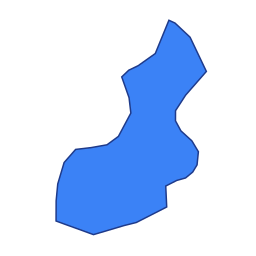 Gangnam-gu, Seoul, South Korea (Mercator projection), rotated 260°
{"feature_id": "91817680B53321453404308", "entity_name": "Gangnam-gu", "entity_type": "district", "adm_level": 2, "iso_a3": "KOR", "parent_name": "South Korea", "parent_adm1": "Seoul", "projection": "mercator", "projection_center": [127.072, 37.488], "detail": "fine", "context": "isolated", "style": "filled", "palette": "blue", "viewbox_px": 256, "rotation_deg": 260, "n_neighbors": 0, "source": "geoboundaries", "source_scale": "gbopen_adm2", "svg_char_len": 579}
<svg xmlns="http://www.w3.org/2000/svg" viewBox="0 0 256 256"><g transform="rotate(260 128 128)"><path d="M227.0,187.0L196.6,167.8L187.6,148.8L184.8,138.8L179.4,130.7L157.6,134.3L142.2,133.4L121.4,117.1L115.1,104.4L115.1,88.1L116.0,72.7L105.1,59.1L99.3,56.2L85.1,49.1L68.8,44.6L48.9,41.0L44.6,48.4L29.0,75.5L32.6,107.1L33.5,119.8L43.5,152.4L64.3,155.1L67.9,166.9L68.8,176.0L73.4,184.1L79.7,189.6L92.4,193.2L104.2,188.7L116.0,179.6L126.8,176.0L136.8,177.8L150.4,190.5L170.1,215.0L206.6,204.9L223.2,192.5L227.0,187.0Z" fill="#3b82f6" stroke="#1e3a8a" stroke-width="1.5"/></g></svg>